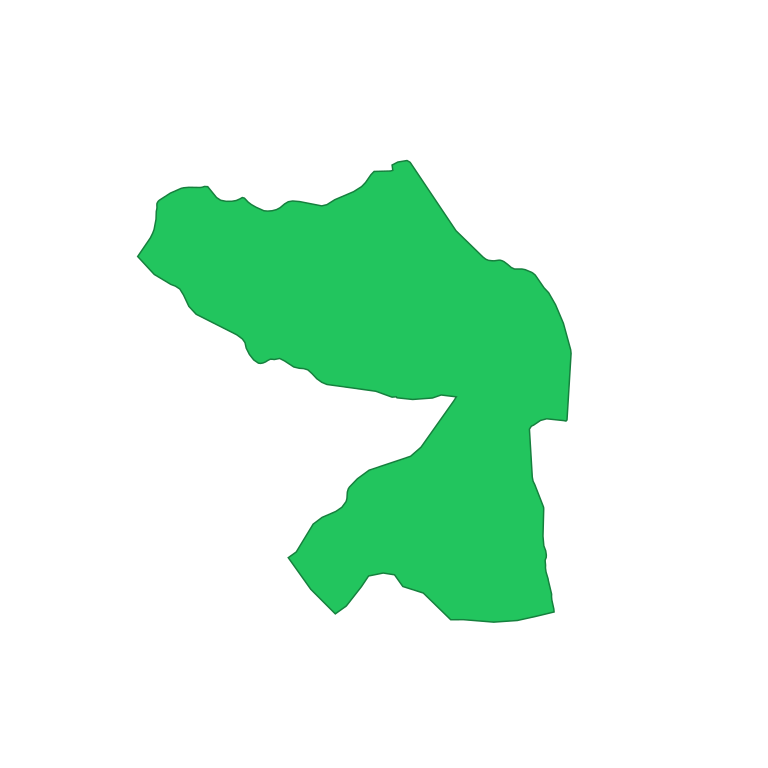 an SVG outline of Mayo-Kebbi Est, rotated 321°
{"feature_id": "TCD-1486", "entity_name": "Mayo-Kebbi Est", "entity_type": "Prefecture", "adm_level": 1, "iso_a3": "TCD", "parent_name": "Chad", "parent_adm1": "", "projection": "natural_earth1", "projection_center": [15.507, 10.186], "detail": "fine", "context": "isolated", "style": "filled", "palette": "green", "viewbox_px": 768, "rotation_deg": 321, "n_neighbors": 0, "source": "natural_earth", "source_scale": "10m", "svg_char_len": 2341}
<svg xmlns="http://www.w3.org/2000/svg" viewBox="0 0 768 768"><g transform="rotate(321 384 384)"><path d="M359.2,456.9L373.0,456.4L427.8,441.0L432.1,439.5L421.5,428.5L412.9,425.4L396.6,414.1L385.4,402.9L385.5,401.7L382.0,399.3L373.0,384.4L339.3,348.4L336.7,343.5L335.1,337.7L334.6,330.6L333.7,325.0L331.3,321.5L328.1,318.5L324.6,314.0L321.2,303.4L319.0,298.5L314.1,295.9L312.9,294.6L311.3,293.2L308.7,292.6L305.9,292.3L303.2,291.5L301.0,290.3L299.5,288.7L297.9,283.3L298.0,276.3L299.5,269.4L302.0,264.4L302.3,259.9L300.5,253.0L281.9,211.6L281.2,200.9L284.2,188.7L285.1,181.7L283.5,176.7L281.0,172.4L274.4,154.3L272.8,129.9L294.4,123.4L299.2,121.2L302.6,119.2L310.5,112.5L315.7,106.5L317.7,104.9L318.6,104.0L320.2,101.9L321.1,100.9L322.3,100.3L323.6,99.9L325.2,99.8L338.1,101.2L349.5,104.3L351.9,105.5L356.2,108.4L364.8,115.6L366.6,116.7L368.8,117.5L371.2,119.7L371.2,133.7L372.7,138.4L376.3,142.7L380.7,146.2L384.6,148.4L388.6,149.5L391.2,149.9L392.5,151.7L392.9,157.2L393.8,160.9L395.8,166.1L399.7,173.8L402.4,176.4L406.0,178.9L410.1,180.8L414.1,181.6L420.1,181.5L424.3,182.1L428.2,184.3L433.2,189.1L447.7,206.4L452.5,208.7L461.7,209.8L481.4,215.4L490.8,216.5L496.4,215.8L505.7,213.1L510.1,212.6L523.0,222.5L525.3,223.5L528.1,218.9L534.4,220.2L542.5,224.8L543.4,227.0L543.8,228.2L536.4,310.2L540.8,347.5L541.6,351.0L542.9,353.5L545.6,356.3L547.3,357.7L551.1,360.0L552.1,360.8L553.2,362.3L554.2,364.3L555.3,368.6L556.2,373.5L557.8,376.8L563.5,381.4L565.7,384.0L569.0,390.1L569.5,391.5L570.1,394.5L568.9,410.0L569.4,416.7L567.2,430.3L561.6,449.8L550.6,474.9L548.6,478.0L503.6,527.1L502.1,527.3L500.7,525.6L488.5,513.4L482.7,510.8L474.4,510.1L472.0,509.5L468.6,510.6L440.7,549.6L438.7,553.3L437.9,556.9L430.8,579.2L430.4,580.3L429.5,581.6L411.8,602.3L406.4,610.3L404.7,615.4L402.5,619.1L401.0,620.8L398.4,622.3L397.5,623.5L395.6,626.4L393.7,628.6L391.6,632.1L388.8,638.9L388.2,639.8L382.0,652.8L380.3,654.8L378.5,657.5L374.4,665.7L372.7,668.2L356.9,660.7L338.8,651.7L319.4,638.1L297.4,617.1L287.5,609.2L283.0,571.2L271.2,553.2L272.1,538.9L264.4,530.4L251.2,523.5L238.9,527.3L215.0,532.8L201.5,532.0L197.9,497.5L200.3,458.7L210.1,459.3L240.8,448.3L252.0,448.7L266.3,452.7L273.7,453.3L280.6,451.5L283.2,449.6L287.5,444.9L290.3,443.0L292.4,442.3L303.7,440.9L318.2,441.6L359.2,456.9Z" fill="#22c55e" stroke="#15803d" stroke-width="1.5"/></g></svg>